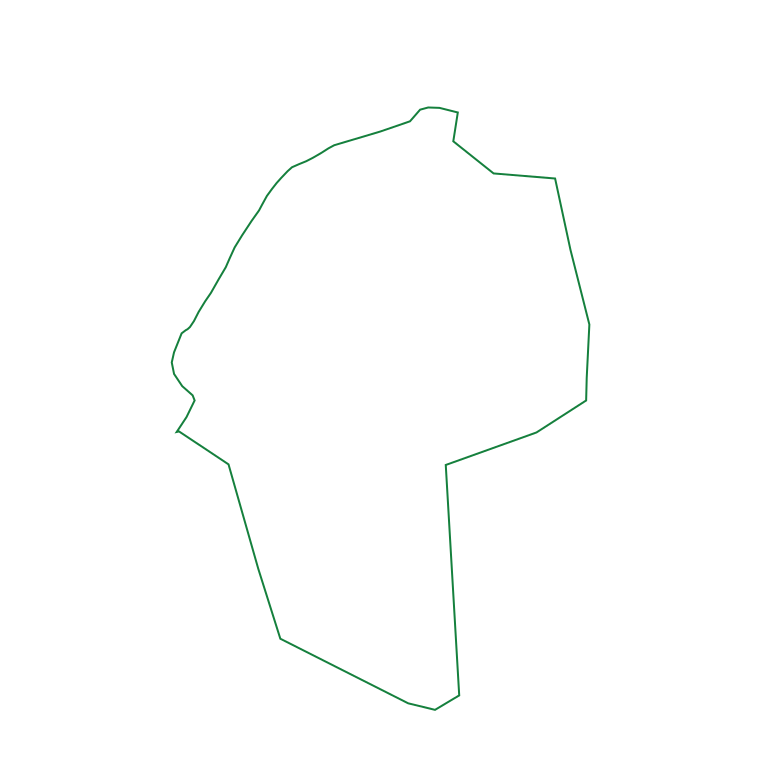 the district of Bois Catchet, Castries, Saint Lucia, rotated 206°
{"feature_id": "8701671B73326281141145", "entity_name": "Bois Catchet", "entity_type": "district", "adm_level": 2, "iso_a3": "LCA", "parent_name": "Saint Lucia", "parent_adm1": "Castries", "projection": "natural_earth1", "projection_center": [-60.993, 14.004], "detail": "fine", "context": "isolated", "style": "outline", "palette": "green", "viewbox_px": 768, "rotation_deg": 206, "n_neighbors": 0, "source": "geoboundaries", "source_scale": "gbopen_adm2", "svg_char_len": 898}
<svg xmlns="http://www.w3.org/2000/svg" viewBox="0 0 768 768"><g transform="rotate(206 384 384)"><path d="M195.6,458.9L204.5,478.4L225.5,527.5L275.2,586.3L320.3,643.7L377.8,621.3L428.1,632.5L436.7,660.4L455.2,656.5L465.5,651.9L471.8,646.4L475.8,631.5L498.0,609.3L533.4,576.8L537.2,571.5L541.8,564.0L546.9,556.4L548.0,554.9L551.6,550.1L556.7,544.4L561.7,538.5L563.9,533.1L566.7,524.3L568.6,517.6L570.2,510.1L571.7,501.7L572.2,491.2L572.4,485.3L574.5,472.5L576.7,455.5L578.1,441.3L577.8,429.3L577.4,419.7L578.5,405.8L579.5,390.0L581.0,379.9L582.2,367.5L582.4,357.2L583.4,350.1L584.6,347.1L585.8,345.4L588.1,340.8L586.6,320.4L584.2,310.3L577.1,301.0L564.4,293.6L551.0,289.9L547.0,286.2L547.0,267.7L549.3,250.0L547.4,251.5L488.5,243.6L416.0,162.8L365.5,109.6L222.3,107.6L195.3,113.5L179.9,137.1L293.0,338.3L225.7,407.3L195.1,457.8L195.6,458.9Z" fill="none" stroke="#15803d" stroke-width="2"/></g></svg>